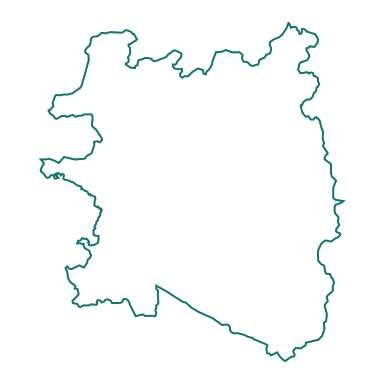 Lalangina, Haute Matsiatra, Madagascar
{"feature_id": "10022922B72540367204165", "entity_name": "Lalangina", "entity_type": "district", "adm_level": 2, "iso_a3": "MDG", "parent_name": "Madagascar", "parent_adm1": "Haute Matsiatra", "projection": "albers", "projection_center": [47.222, -21.414], "detail": "fine", "context": "isolated", "style": "outline", "palette": "teal", "viewbox_px": 384, "rotation_deg": 0, "n_neighbors": 0, "source": "geoboundaries", "source_scale": "gbopen_adm2", "svg_char_len": 5773}
<svg xmlns="http://www.w3.org/2000/svg" viewBox="0 0 384 384"><path d="M68.2,278.5L70.5,282.3L75.2,285.6L75.3,286.8L74.7,288.5L77.4,288.9L78.7,294.3L72.4,301.0L72.9,303.1L77.3,304.0L79.3,306.9L80.4,307.1L83.6,305.4L89.0,305.4L91.1,304.3L96.2,304.8L97.0,304.2L96.8,301.4L97.7,300.2L100.1,300.4L101.8,302.4L104.4,301.4L105.2,300.0L107.1,299.3L109.6,300.1L111.0,301.0L112.0,303.1L120.5,302.9L122.2,301.9L123.2,299.4L125.5,298.8L127.8,300.2L129.2,302.2L129.8,304.6L135.7,316.2L141.8,314.6L143.4,314.8L145.2,316.0L152.5,315.8L154.7,316.3L155.5,315.8L156.3,312.9L155.4,310.1L156.4,306.9L155.9,305.8L158.1,303.7L158.4,302.0L157.8,295.3L158.0,290.7L156.3,288.7L156.3,285.7L166.3,291.3L182.3,301.6L186.1,302.8L191.2,307.5L198.5,311.9L212.6,318.2L222.1,325.0L227.3,324.5L228.2,324.9L230.0,327.3L230.1,330.5L232.1,332.7L234.4,333.3L237.8,333.2L244.6,335.0L248.1,336.9L252.6,337.9L253.3,339.0L265.3,344.0L267.4,345.2L266.3,348.8L267.1,353.2L269.6,353.7L271.0,355.4L277.2,352.4L279.4,355.9L283.1,359.9L285.3,361.0L291.2,356.7L294.1,356.5L294.7,354.4L293.7,352.8L293.3,350.9L295.4,348.1L300.5,348.3L302.1,347.7L302.6,347.0L305.1,345.7L306.1,343.6L305.9,342.7L318.5,339.7L322.0,336.1L324.4,329.5L323.9,322.8L326.1,321.2L326.9,314.0L324.7,306.2L324.8,304.8L327.8,301.1L326.7,297.2L327.8,295.3L332.4,291.4L332.9,290.1L332.7,286.8L334.0,282.8L333.0,279.4L331.1,277.0L330.1,274.1L326.2,273.7L325.0,271.2L324.3,266.4L323.5,265.3L321.0,264.1L318.3,260.8L317.9,253.4L318.2,250.1L321.1,243.9L324.8,240.7L326.2,240.5L331.1,241.6L335.2,238.5L338.3,237.1L340.3,234.7L340.2,233.6L337.2,232.3L335.9,230.9L336.3,229.0L339.0,225.5L339.1,224.6L337.9,222.1L338.6,217.2L335.3,213.6L334.6,211.2L334.7,207.0L335.4,205.0L341.5,202.6L343.4,201.1L335.6,199.8L334.2,199.0L333.2,197.5L333.3,187.4L336.1,180.6L331.7,176.3L331.0,173.0L331.0,164.1L324.7,159.4L324.7,157.3L325.6,155.6L327.6,153.8L327.6,153.0L323.2,146.5L323.2,144.6L324.2,143.2L322.6,139.1L323.1,131.4L321.9,129.5L319.6,120.5L318.0,118.3L316.9,118.3L316.1,117.1L315.1,117.5L313.5,119.5L311.7,119.7L310.3,119.1L308.7,116.4L308.0,116.1L305.9,116.8L303.5,114.2L301.9,111.3L300.7,105.9L301.2,105.0L302.1,105.1L303.1,102.3L305.2,100.5L307.1,99.5L308.5,99.7L310.8,98.8L312.4,97.1L314.0,92.9L315.9,91.4L316.7,87.3L317.8,86.9L319.2,84.2L318.0,81.2L318.0,78.2L315.6,76.3L313.8,75.9L313.0,73.1L311.1,72.4L308.6,73.5L308.1,72.6L306.0,72.1L303.7,72.9L300.3,73.1L297.9,69.4L299.1,66.5L299.0,65.0L300.3,62.5L307.1,60.2L309.2,56.9L308.8,54.1L306.5,50.2L306.3,48.4L309.3,47.4L309.6,46.4L310.3,46.1L311.9,46.7L314.3,46.9L317.7,42.6L317.9,38.7L315.4,34.3L307.2,31.7L304.6,29.3L302.3,28.8L301.9,29.3L301.7,32.8L300.9,33.8L299.6,34.1L298.8,31.2L296.9,29.6L296.5,27.5L294.8,26.8L292.2,27.1L291.0,27.9L289.1,23.3L288.5,23.0L286.4,28.4L282.4,34.5L279.2,37.2L273.5,39.5L270.1,42.0L269.6,44.6L271.1,48.0L271.1,50.1L270.1,53.2L267.6,54.5L266.1,54.6L264.9,57.3L259.6,59.8L259.0,60.7L258.7,63.4L257.9,64.6L255.6,64.9L253.0,66.0L250.8,65.5L247.5,62.2L243.6,61.6L242.0,58.6L242.6,55.7L242.1,54.3L239.2,52.2L232.4,52.4L226.0,50.0L221.7,51.8L216.0,52.2L212.3,61.7L212.2,63.9L210.0,68.3L206.0,72.4L206.1,73.6L205.4,74.5L203.5,73.5L202.9,70.0L198.6,68.6L197.4,68.8L192.8,71.6L187.8,76.4L184.9,76.1L182.2,77.6L180.5,76.5L180.0,74.0L182.1,71.3L181.9,69.0L178.9,69.3L175.3,68.7L174.1,68.1L172.8,66.2L172.9,64.5L175.1,64.7L176.4,63.6L177.6,60.9L180.1,58.5L181.3,55.9L181.4,54.0L180.8,53.1L175.6,50.5L173.1,50.7L170.6,53.0L168.3,54.3L166.2,57.0L156.3,60.8L153.8,61.1L152.0,60.0L151.7,58.9L147.8,58.0L144.8,58.1L140.8,59.7L138.9,59.9L138.0,61.5L137.4,65.2L135.1,66.4L134.9,68.0L130.7,67.7L125.7,64.4L125.8,63.6L128.6,61.8L128.7,59.7L127.9,57.4L129.7,54.6L130.3,52.3L129.9,47.7L128.4,45.8L128.7,44.4L131.4,43.5L133.6,41.6L135.5,40.9L136.9,39.2L133.9,34.0L132.8,34.0L132.0,32.7L130.0,31.4L126.6,30.2L125.3,30.3L122.9,32.3L121.2,32.7L109.9,32.1L106.6,33.3L101.6,32.9L97.5,36.3L93.2,36.7L91.4,38.2L90.8,39.4L90.6,42.7L89.7,45.3L86.2,48.7L85.2,50.8L85.1,52.0L85.6,52.8L88.3,54.6L88.8,59.8L83.7,78.7L82.6,81.4L82.3,83.9L80.5,87.6L72.6,93.2L67.3,94.6L63.8,94.5L59.7,95.4L57.0,94.9L55.4,95.5L52.6,102.9L53.4,106.1L49.1,110.9L48.7,110.6L48.7,111.4L50.9,114.3L53.0,115.3L54.9,118.1L56.2,118.9L59.1,117.7L61.0,116.2L62.8,115.9L65.8,116.0L66.8,117.0L72.7,114.9L75.6,116.8L77.8,115.9L82.3,115.5L84.5,114.3L91.1,114.3L92.1,115.1L92.5,116.7L92.6,120.8L91.9,122.4L92.3,126.4L95.6,129.1L97.8,131.9L98.9,134.3L99.9,135.0L101.7,138.4L102.1,139.5L101.9,140.2L100.1,142.3L96.7,141.2L94.1,142.0L94.3,144.9L91.6,153.3L87.1,155.8L84.6,158.7L75.0,159.5L64.1,157.0L58.8,163.0L54.6,160.7L49.1,158.8L46.0,159.4L40.8,159.4L43.7,162.9L43.8,164.0L41.6,167.5L40.6,170.6L41.0,171.5L43.4,173.3L46.6,177.7L48.8,177.7L51.0,175.2L53.7,175.2L54.6,178.5L55.8,178.6L58.3,177.9L55.5,174.9L57.2,174.5L57.1,174.0L56.2,173.6L57.6,173.0L59.4,173.5L60.8,175.3L62.2,173.8L64.0,175.1L63.3,178.2L64.3,179.5L68.1,180.3L70.8,181.7L72.7,182.1L77.2,185.3L81.3,186.6L81.4,189.1L82.2,188.8L83.7,190.2L87.4,191.7L88.9,194.5L90.0,194.2L90.2,195.3L91.9,195.3L95.1,196.9L95.4,199.6L94.8,200.4L94.3,205.4L97.0,207.0L98.1,206.6L98.1,207.5L101.0,208.6L101.5,209.6L101.0,209.7L101.7,210.2L101.0,211.1L101.2,211.9L100.2,212.6L100.3,215.6L98.5,217.3L97.9,220.3L96.4,221.8L96.0,224.2L94.8,225.6L94.5,227.3L95.4,228.0L95.1,228.8L93.5,230.0L93.6,234.8L95.3,235.7L98.5,235.9L98.5,239.5L97.7,243.1L93.8,245.2L92.4,244.8L91.0,245.5L88.9,245.0L88.9,243.5L88.2,242.6L89.0,241.9L88.9,241.4L86.5,238.7L84.7,239.0L82.1,238.1L80.6,240.4L78.1,240.8L77.2,243.5L79.1,243.1L82.4,244.0L83.5,243.8L83.7,246.0L84.9,248.4L88.2,250.0L89.7,251.6L90.1,253.8L91.0,254.7L90.8,255.9L89.9,258.1L88.1,259.2L87.5,260.5L87.2,262.7L83.8,267.6L79.5,265.4L71.5,269.1L69.2,268.6L67.1,266.4L65.7,267.7L65.6,268.8L67.0,270.8L68.2,278.5Z" fill="none" stroke="#0f766e" stroke-width="2"/></svg>